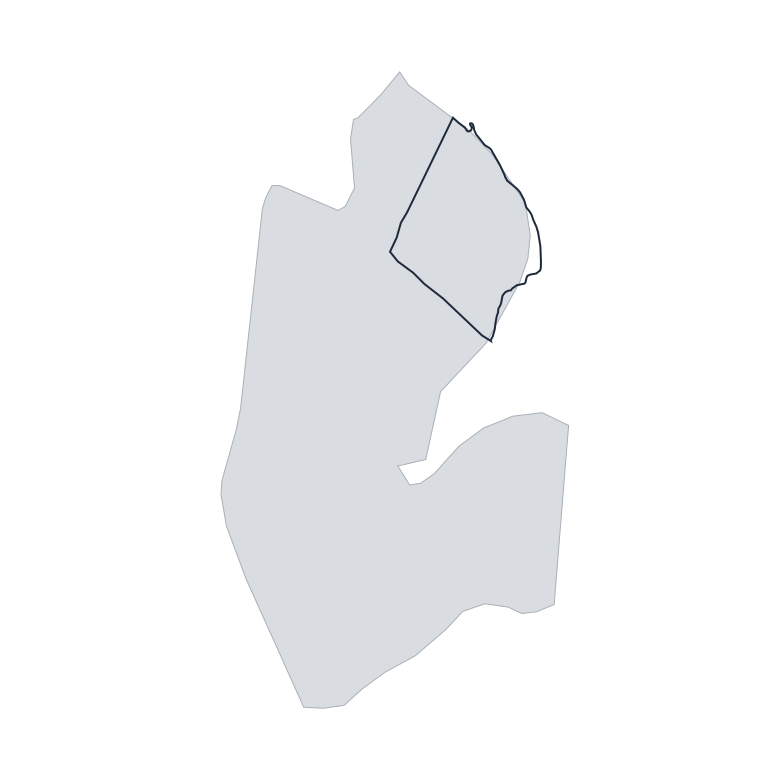 Obock, Obock, Djibouti (highlighted), rotated 339°
{"feature_id": "41766387B51204577272085", "entity_name": "Obock", "entity_type": "district", "adm_level": 2, "iso_a3": "DJI", "parent_name": "Djibouti", "parent_adm1": "Obock", "projection": "equal_earth", "projection_center": [43.238, 12.173], "detail": "fine", "context": "in_parent", "style": "outline", "palette": "slate", "viewbox_px": 768, "rotation_deg": 339, "n_neighbors": 0, "source": "geoboundaries", "source_scale": "gbopen_adm2", "svg_char_len": 1823}
<svg xmlns="http://www.w3.org/2000/svg" viewBox="0 0 768 768"><g transform="rotate(339 384 384)"><path d="M541.5,488.9L520.7,532.2L494.1,587.7L463.8,650.9L444.9,651.3L430.2,647.6L420.1,636.9L399.4,625.3L376.0,624.5L353.7,635.4L315.9,648.9L281.8,653.4L254.3,660.9L231.5,669.7L211.0,664.9L193.2,657.0L189.5,589.8L185.4,517.0L186.0,460.0L192.3,428.6L197.9,416.4L230.1,373.1L241.3,355.5L278.2,283.8L309.8,222.4L333.4,176.5L340.6,167.4L350.5,158.7L357.6,161.2L403.3,205.5L411.4,204.3L426.7,190.5L440.6,143.2L450.4,126.0L454.5,126.4L483.9,113.2L510.5,98.3L513.9,113.8L554.2,177.3L567.3,208.5L580.8,265.7L573.8,297.6L563.3,318.4L547.8,337.0L494.0,382.4L434.1,411.4L395.9,469.4L367.5,465.5L371.8,487.4L382.4,489.8L398.9,485.7L431.9,468.8L461.1,460.8L492.7,460.2L521.3,467.4L541.5,488.9Z" fill="#d9dde1" stroke="#a8b0b8" stroke-width="1"/><path d="M437.0,262.7L440.9,274.7L451.1,290.6L457.6,305.2L469.7,325.2L492.9,373.8L499.1,382.1L499.1,381.9L500.0,380.7L502.7,378.4L507.0,372.6L509.7,367.4L513.5,361.2L516.1,358.1L517.7,354.7L520.1,352.8L520.8,352.2L522.5,350.2L526.1,344.3L528.0,342.9L530.2,341.8L532.9,341.4L536.1,342.0L537.9,340.8L543.3,339.4L547.3,340.0L551.0,340.6L552.4,340.0L555.5,335.4L556.8,334.4L560.0,334.3L565.8,335.4L570.5,333.9L572.0,331.8L573.7,327.7L574.8,324.8L579.4,311.3L582.2,297.6L582.6,292.0L582.2,284.1L582.4,278.8L581.7,274.9L580.1,270.2L580.7,262.3L579.7,253.8L578.2,249.6L575.9,245.4L571.8,238.3L571.8,237.6L571.3,234.2L571.4,231.6L570.7,221.3L567.9,203.4L566.9,201.4L565.4,199.4L563.6,196.9L559.5,184.1L559.2,179.9L560.1,174.0L559.5,172.3L558.4,171.6L557.7,171.7L557.3,172.9L557.9,175.6L557.5,176.8L556.5,178.1L555.2,178.6L552.9,178.3L552.6,177.9L552.2,177.3L551.4,173.6L547.0,166.5L543.8,160.1L467.1,232.0L457.5,239.6L448.3,251.9L437.0,262.7Z" fill="none" stroke="#1e293b" stroke-width="2"/></g></svg>